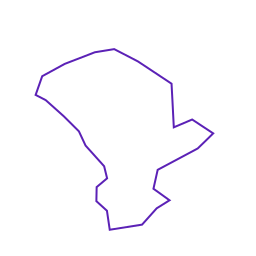 the district of Agios Epifanios Oreinis, Nicosia, Cyprus, rotated 238°
{"feature_id": "46923920B19828557727754", "entity_name": "Agios Epifanios Oreinis", "entity_type": "district", "adm_level": 2, "iso_a3": "CYP", "parent_name": "Cyprus", "parent_adm1": "Nicosia", "projection": "robinson", "projection_center": [33.112, 34.996], "detail": "fine", "context": "isolated", "style": "outline", "palette": "violet", "viewbox_px": 256, "rotation_deg": 238, "n_neighbors": 0, "source": "geoboundaries", "source_scale": "gbopen_adm2", "svg_char_len": 486}
<svg xmlns="http://www.w3.org/2000/svg" viewBox="0 0 256 256"><g transform="rotate(238 128 128)"><path d="M51.4,58.6L38.6,88.7L44.7,109.8L44.7,124.9L63.0,117.4L76.8,131.0L73.7,176.3L76.5,189.3L78.3,197.4L101.2,186.9L104.3,167.2L127.5,180.1L142.5,188.4L179.2,171.7L202.2,158.1L209.8,140.0L215.9,108.3L217.4,82.7L205.0,67.2L195.2,73.0L171.8,79.8L151.2,84.6L135.6,82.7L108.2,87.5L96.4,83.6L94.5,70.1L82.7,62.4L69.0,66.3L51.4,58.6Z" fill="none" stroke="#5b21b6" stroke-width="2"/></g></svg>